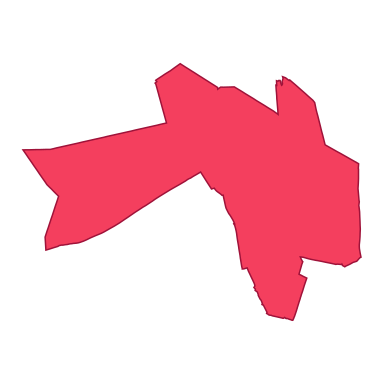 Coyotepec, México, Mexico (orthographic projection)
{"feature_id": "50627088B26424362645018", "entity_name": "Coyotepec", "entity_type": "district", "adm_level": 2, "iso_a3": "MEX", "parent_name": "Mexico", "parent_adm1": "México", "projection": "orthographic", "projection_center": [-99.22, 19.786], "detail": "fine", "context": "isolated", "style": "filled", "palette": "rose", "viewbox_px": 384, "rotation_deg": 0, "n_neighbors": 0, "source": "geoboundaries", "source_scale": "gbopen_adm2", "svg_char_len": 5849}
<svg xmlns="http://www.w3.org/2000/svg" viewBox="0 0 384 384"><path d="M267.0,312.3L266.6,313.5L267.7,314.0L268.3,314.6L268.8,314.9L269.8,315.2L271.2,315.3L272.2,315.8L275.9,316.6L278.5,317.2L282.0,318.0L283.1,318.3L283.5,318.2L283.8,318.1L284.1,317.8L284.5,317.4L284.8,317.5L285.1,317.9L285.8,318.4L286.4,318.6L286.8,318.4L287.1,318.5L287.9,318.7L288.4,318.9L289.2,319.3L290.0,319.5L290.5,319.6L291.3,320.0L291.9,320.2L292.6,320.3L292.9,320.2L293.1,319.6L293.3,319.2L293.6,318.7L294.0,317.4L294.4,316.7L296.0,312.0L296.5,310.5L296.9,309.0L297.1,308.6L297.3,307.7L298.5,303.9L299.0,302.2L300.1,298.9L300.4,297.7L300.8,296.5L301.0,296.0L301.1,295.5L301.5,294.2L302.0,292.8L302.5,291.4L302.6,291.1L303.0,289.8L303.1,289.4L303.3,288.8L303.4,288.4L303.6,287.8L304.2,285.8L304.4,285.2L306.8,278.1L302.9,276.2L301.1,275.2L300.2,274.8L300.0,274.7L299.3,274.4L299.0,274.2L299.6,272.1L301.1,266.9L301.9,264.1L302.8,261.7L302.2,261.1L302.1,260.7L301.2,259.1L300.3,256.9L301.2,257.0L302.6,257.2L303.7,257.4L308.3,258.7L311.7,259.5L313.8,259.9L315.6,260.3L317.6,260.6L321.8,261.4L325.9,262.3L329.0,262.9L335.1,264.2L335.7,264.4L336.4,264.3L337.2,264.1L337.8,264.2L338.2,264.2L340.4,264.4L341.4,264.5L341.6,264.5L341.7,264.4L341.9,264.1L342.3,264.9L342.5,265.5L344.8,266.8L345.4,266.4L346.0,266.0L347.8,265.2L350.1,264.1L353.3,262.3L354.1,262.1L355.0,261.8L356.6,261.3L357.1,260.9L358.9,258.8L359.4,258.3L359.9,257.7L360.4,257.5L360.8,257.3L361.0,257.2L360.1,252.8L359.7,250.4L359.4,248.5L359.3,246.6L359.3,245.4L359.3,244.7L359.7,240.8L360.0,236.8L360.1,233.0L360.3,229.2L360.1,225.3L360.0,221.4L359.8,217.2L359.6,211.8L359.0,206.5L358.8,205.9L359.0,204.0L359.3,201.8L359.0,200.2L358.9,198.9L358.6,195.3L358.3,191.8L358.0,188.5L358.3,183.7L358.5,178.8L358.5,175.5L358.5,172.3L358.5,169.0L358.3,168.8L358.3,168.3L358.6,164.2L358.6,163.7L355.6,162.0L352.6,160.3L349.6,158.6L346.6,156.9L343.6,155.2L340.6,153.5L337.6,151.9L334.6,150.2L331.6,148.5L328.6,146.8L325.6,145.1L325.1,144.8L324.3,141.6L323.5,138.4L322.7,135.2L321.8,132.0L321.0,128.8L320.2,125.5L319.4,122.3L318.6,119.1L317.8,115.9L316.9,112.7L316.1,109.5L315.4,106.0L314.7,102.6L312.9,100.3L310.4,98.1L307.9,95.9L305.5,93.7L303.0,91.5L300.5,89.3L298.0,87.1L295.5,84.9L291.3,81.3L289.7,79.9L289.3,80.2L289.1,80.5L286.1,78.2L285.6,77.8L282.6,76.7L282.9,77.7L283.0,78.7L282.9,79.0L282.1,81.5L282.2,82.2L282.4,82.8L282.5,83.8L282.4,84.2L282.1,84.9L281.6,85.3L281.3,84.6L280.9,83.5L280.5,82.1L280.1,80.5L279.3,80.5L278.9,80.4L278.5,80.6L278.3,81.0L278.0,81.2L277.4,81.0L276.5,80.7L276.7,85.4L275.9,85.2L276.1,88.2L276.1,88.4L276.3,91.2L276.4,91.9L276.7,95.8L276.8,98.4L276.8,98.7L277.0,100.7L277.4,105.6L277.8,110.2L278.0,113.3L278.1,114.4L273.1,110.8L270.3,109.1L267.5,107.4L264.7,105.6L261.9,103.9L259.1,102.2L256.3,100.5L253.6,98.7L250.8,97.0L248.0,95.3L245.2,93.6L242.4,91.8L239.6,90.1L234.3,86.9L234.1,86.9L230.6,87.0L227.1,87.1L223.6,87.2L220.7,87.1L217.7,89.2L217.6,87.9L217.5,87.4L214.4,85.4L211.2,83.4L208.1,81.4L204.9,79.4L201.8,77.4L201.5,77.2L200.0,76.3L197.2,74.5L194.4,72.7L191.5,70.9L188.7,69.1L185.8,67.3L183.0,65.5L180.2,63.7L177.1,65.9L174.0,68.1L170.9,70.4L169.7,71.2L169.0,71.6L168.8,71.7L167.6,72.5L167.2,72.7L166.1,73.4L164.8,74.2L161.7,76.3L158.6,78.3L155.8,80.2L155.7,80.3L156.8,81.7L155.1,83.1L155.8,84.0L157.0,88.3L158.2,92.7L158.5,93.7L159.2,96.5L159.3,96.7L160.2,100.0L161.1,103.3L162.0,106.6L162.9,109.9L163.8,113.1L164.7,116.4L165.6,119.7L166.5,123.0L163.3,123.7L160.2,124.4L157.1,125.2L153.9,125.9L150.8,126.6L147.6,127.3L144.5,128.0L141.4,128.7L138.2,129.4L135.1,130.1L131.9,130.9L128.8,131.6L125.6,132.3L122.5,133.0L119.4,133.7L116.2,134.4L113.1,135.1L109.9,135.8L106.8,136.5L103.7,137.3L100.5,138.0L97.4,138.7L94.2,139.4L91.1,140.1L88.0,140.8L84.8,141.5L81.7,142.2L78.5,143.0L75.4,143.7L72.2,144.4L69.1,145.1L66.0,145.8L62.8,146.5L59.7,147.2L56.5,147.9L53.4,148.7L50.3,149.4L46.9,149.4L43.5,149.5L40.1,149.6L36.6,149.6L33.2,149.7L29.8,149.8L26.4,149.8L23.0,149.9L24.9,152.6L26.7,155.2L28.5,157.9L30.4,160.6L32.2,163.2L34.0,165.9L35.9,168.6L37.7,171.2L39.5,173.9L41.4,176.6L43.2,179.2L45.1,181.9L46.9,184.6L49.2,186.9L51.6,189.2L53.9,191.6L56.2,193.9L58.6,196.2L57.5,199.7L56.4,203.0L55.3,206.2L54.3,209.3L53.3,212.4L52.3,215.5L51.2,218.6L50.2,221.7L49.2,224.7L48.2,227.8L47.1,230.9L46.1,234.0L45.1,237.1L45.3,240.4L45.5,243.6L45.7,246.9L45.9,250.1L49.9,248.9L53.9,247.6L57.9,246.4L59.2,245.6L61.4,245.1L63.0,245.1L65.3,244.7L67.3,244.5L68.9,244.1L70.2,243.8L71.8,243.7L73.4,243.4L74.8,243.3L76.8,243.1L78.5,242.8L80.2,242.3L83.3,241.2L85.9,240.1L90.6,237.8L95.2,235.8L98.4,234.5L101.3,233.3L103.9,232.0L110.2,228.4L114.3,226.1L119.7,222.8L124.5,219.5L128.1,217.1L135.2,212.2L139.4,209.5L143.0,207.1L145.6,205.6L152.3,201.2L155.1,199.2L158.2,197.2L164.0,193.6L170.4,189.7L173.7,187.8L179.9,184.3L183.3,182.3L185.5,181.0L187.0,179.9L188.6,178.9L190.7,178.0L192.5,176.8L194.5,175.6L196.3,174.6L199.7,172.6L200.6,172.0L203.6,176.7L206.5,181.3L211.5,189.0L214.3,188.2L215.3,189.7L216.5,191.0L217.9,192.1L220.3,193.8L221.4,194.7L222.0,195.3L223.2,195.2L223.4,196.5L224.0,199.2L225.6,206.5L225.7,206.8L225.9,207.6L226.2,208.5L226.5,209.1L227.9,211.9L228.8,213.6L230.0,215.2L231.2,217.1L231.9,218.3L232.5,219.3L233.5,221.2L234.2,222.9L234.6,223.8L233.8,223.8L234.0,224.3L234.5,224.9L234.9,226.1L235.2,227.1L235.6,228.6L236.2,231.2L236.6,233.4L237.1,237.4L237.5,240.1L238.4,245.3L238.7,247.3L239.0,249.5L240.0,255.3L240.4,258.5L240.6,259.6L241.3,264.0L241.7,266.4L242.3,268.8L242.3,269.0L243.0,268.9L243.8,268.9L247.1,267.9L247.8,269.5L248.4,271.1L249.9,274.2L251.3,277.2L252.8,280.3L254.2,283.4L254.6,284.5L254.8,285.6L254.9,286.0L253.9,287.5L255.4,289.1L255.1,290.4L257.3,292.0L258.1,294.2L258.3,295.6L260.1,299.1L261.2,300.4L261.9,302.3L262.1,302.7L262.4,303.6L261.9,304.3L262.3,304.8L263.3,305.0L266.7,311.7L267.0,312.3Z" fill="#f43f5e" stroke="#9f1239" stroke-width="1.5"/></svg>